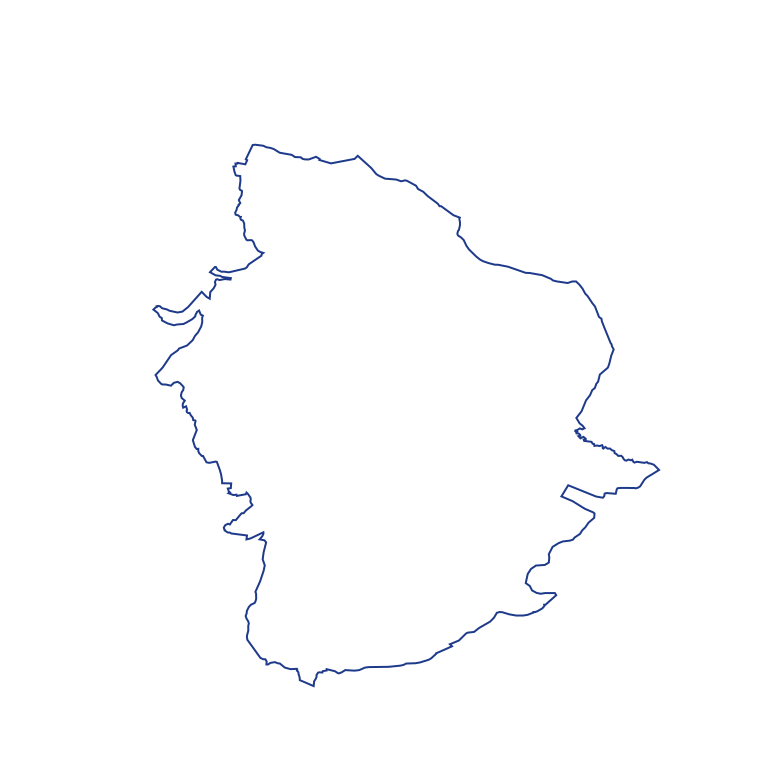 outline of Baciu, Cluj, Romania, rotated 337°
{"feature_id": "2599482B51271683564711", "entity_name": "Baciu", "entity_type": "district", "adm_level": 2, "iso_a3": "ROU", "parent_name": "Romania", "parent_adm1": "Cluj", "projection": "natural_earth1", "projection_center": [23.482, 46.828], "detail": "fine", "context": "isolated", "style": "outline", "palette": "blue", "viewbox_px": 768, "rotation_deg": 337, "n_neighbors": 0, "source": "geoboundaries", "source_scale": "gbopen_adm2", "svg_char_len": 6166}
<svg xmlns="http://www.w3.org/2000/svg" viewBox="0 0 768 768"><g transform="rotate(337 384 384)"><path d="M459.6,643.2L450.6,639.4L446.3,638.3L442.8,635.9L439.6,631.8L439.3,626.9L436.7,622.7L437.0,622.2L442.1,615.0L447.2,611.6L453.0,610.5L461.3,613.4L465.9,612.8L468.4,608.2L469.2,605.1L475.5,599.8L482.5,598.7L487.0,598.8L493.9,600.8L497.1,601.1L499.4,599.8L505.8,598.6L509.2,596.2L513.3,594.6L518.0,591.6L525.2,589.3L527.2,585.4L526.3,583.8L520.1,577.3L511.8,565.5L503.4,556.8L514.0,549.2L535.2,570.4L541.0,574.2L542.8,573.4L544.3,571.1L545.0,571.1L546.6,571.5L554.4,575.6L557.1,571.9L558.2,571.2L560.9,572.0L574.2,577.7L574.9,578.4L577.5,578.7L579.8,578.3L586.2,573.9L589.0,572.8L603.6,570.6L600.9,563.8L598.1,561.2L596.3,560.3L595.6,558.7L592.8,558.3L586.4,554.4L583.9,554.2L583.2,553.3L582.9,550.6L581.5,550.7L579.6,549.1L577.3,549.3L575.9,548.3L575.2,546.4L575.1,544.4L574.2,542.7L571.5,541.7L570.6,539.3L569.3,537.8L569.8,535.7L567.9,534.0L566.8,531.7L564.5,530.8L563.2,528.5L560.6,529.1L560.3,528.4L561.0,526.9L560.9,525.5L558.3,525.4L556.3,524.0L553.5,523.2L553.9,521.3L552.7,520.5L552.4,518.3L546.0,514.6L546.1,513.4L548.0,513.8L548.3,513.1L546.9,510.6L543.6,510.8L542.6,508.0L544.5,508.4L544.7,507.6L543.8,505.5L541.9,504.6L542.0,503.6L543.0,503.2L541.7,502.0L542.1,501.5L543.9,501.9L546.9,501.4L548.8,503.2L551.3,503.1L550.5,500.0L548.7,496.7L547.8,490.4L555.2,486.3L563.6,478.0L569.3,474.8L573.3,471.0L576.5,470.1L579.5,466.8L582.0,465.5L586.4,459.6L596.5,456.4L599.1,453.6L604.5,446.4L608.9,442.0L608.6,438.0L609.0,436.4L608.6,434.9L608.9,416.3L609.1,411.1L609.7,409.0L608.1,406.3L608.5,395.0L607.3,390.8L605.8,382.7L604.5,379.3L604.0,373.8L602.6,368.6L600.8,364.6L597.4,363.2L592.5,362.8L583.0,357.0L579.9,354.6L578.9,352.6L572.1,345.6L561.4,338.7L557.8,337.0L544.0,324.5L535.6,318.8L532.5,317.4L527.3,313.4L522.9,309.4L520.9,306.8L518.7,302.7L514.8,293.3L513.9,289.1L513.6,282.5L512.0,278.8L510.4,276.7L510.1,275.5L510.3,274.2L512.0,272.0L513.2,271.4L515.8,267.8L517.0,265.2L517.9,261.3L518.8,260.5L513.9,255.8L506.1,242.7L504.6,242.0L504.0,239.1L497.7,228.2L495.2,222.3L491.5,217.8L491.0,214.1L484.7,206.1L483.1,204.8L479.0,204.1L475.2,200.6L465.2,195.4L460.5,190.1L458.9,187.7L456.6,180.1L449.0,163.7L444.9,165.3L421.4,160.2L412.0,152.5L412.7,151.7L410.2,148.3L402.4,147.9L398.7,146.2L397.0,144.9L396.0,142.8L390.7,140.3L388.6,137.0L378.4,130.4L374.3,124.6L371.7,122.3L368.1,120.0L366.1,117.6L358.9,113.4L356.5,112.7L344.6,123.2L345.5,124.5L342.2,127.6L335.5,123.2L335.1,123.8L333.4,123.1L332.6,125.7L330.3,125.0L329.3,130.3L329.1,133.8L329.6,134.5L332.9,136.4L331.3,140.8L327.3,147.6L327.4,149.1L328.7,150.7L328.5,151.3L326.7,154.5L322.2,158.0L322.4,161.3L320.0,162.3L320.1,162.8L317.7,164.1L316.3,166.1L313.9,168.2L313.6,170.2L315.7,171.8L316.8,174.1L317.4,174.3L316.6,175.2L316.4,176.7L318.0,178.5L318.0,181.7L316.5,185.5L316.0,188.4L313.9,191.0L313.4,193.0L313.7,197.4L314.4,198.3L318.3,199.8L318.8,200.5L319.3,202.6L319.1,207.0L320.0,211.8L321.2,213.6L324.1,216.2L322.2,216.6L321.3,218.0L306.2,221.0L303.3,223.0L301.1,223.4L284.9,220.6L280.3,217.9L278.3,217.2L275.2,213.6L275.0,210.7L274.2,210.2L267.5,213.1L271.5,218.2L275.5,220.5L276.7,222.1L284.4,226.7L283.5,227.9L278.5,225.2L273.3,224.1L271.3,222.3L270.1,222.3L268.2,224.1L267.8,226.6L266.8,227.6L264.5,229.4L260.0,231.5L256.9,237.4L254.8,234.6L252.2,227.9L233.8,236.6L226.7,238.6L221.9,237.5L215.2,232.8L213.5,230.7L209.4,227.6L208.1,224.9L206.6,223.9L205.1,223.6L205.1,224.3L203.4,224.4L200.8,225.4L203.5,230.3L203.8,234.5L205.2,236.4L204.5,238.8L208.5,243.7L213.5,247.8L216.9,248.4L222.8,250.4L226.2,250.2L232.8,249.4L235.6,248.4L236.7,248.0L237.2,247.0L240.1,244.6L242.5,244.1L242.4,248.5L244.0,250.3L242.5,251.9L240.9,256.0L238.3,259.5L232.9,263.9L228.9,265.8L225.0,268.9L217.8,271.6L209.2,271.3L207.4,272.4L199.3,274.2L186.6,282.4L177.2,286.5L177.5,288.4L177.3,292.4L178.9,296.7L179.8,297.8L183.1,299.3L187.2,302.3L191.1,300.8L194.9,301.4L196.7,303.8L198.3,308.2L198.4,308.7L196.8,311.1L194.5,312.6L192.6,315.2L192.3,317.9L194.1,321.5L191.2,323.4L190.1,325.6L189.9,327.3L193.1,327.2L192.7,330.7L191.7,331.7L191.6,333.0L192.5,334.3L193.8,334.7L193.9,337.1L194.8,340.3L194.3,342.7L196.0,343.8L196.1,344.4L193.9,347.5L193.7,353.2L186.1,361.0L185.4,368.0L186.2,370.7L187.7,371.1L186.8,373.4L186.8,375.4L188.2,379.1L189.3,379.5L190.0,386.7L192.3,388.3L198.9,389.7L199.7,390.4L199.3,398.9L198.7,403.6L197.2,409.7L196.2,412.1L204.5,415.8L202.3,420.0L199.4,419.2L199.1,422.5L199.8,423.5L198.2,423.8L201.9,427.3L205.0,428.3L204.8,429.5L213.8,431.5L215.0,430.2L215.8,432.0L216.7,436.5L216.3,438.1L215.2,439.6L215.0,441.3L215.6,444.0L214.7,444.5L207.4,446.5L204.3,448.1L202.6,447.4L201.6,447.7L194.4,451.4L191.8,450.2L187.2,453.1L185.8,451.7L182.8,451.9L180.5,453.5L180.2,454.7L180.5,456.1L180.1,456.5L182.2,459.7L184.0,460.5L185.0,461.9L198.7,469.9L196.7,473.3L200.7,474.0L215.0,473.4L214.6,474.6L212.6,476.5L208.8,478.4L212.9,481.2L213.6,483.8L207.5,491.8L203.8,498.0L203.4,504.3L200.3,508.8L192.8,517.3L184.4,525.1L184.4,526.8L182.4,531.8L181.0,533.6L179.4,535.0L175.3,535.2L172.5,536.4L169.0,539.4L168.0,541.4L166.0,543.5L165.8,546.2L166.3,549.6L166.0,551.6L164.5,553.7L162.6,558.2L159.6,562.0L158.8,563.7L158.3,566.1L163.2,587.8L165.2,590.1L167.3,591.1L167.5,593.8L166.2,596.2L167.7,596.9L170.4,596.3L174.9,597.4L177.0,599.5L178.9,600.6L181.9,606.3L186.6,610.0L192.5,612.1L192.7,612.6L191.8,613.8L192.4,614.7L192.5,616.3L192.0,617.6L191.7,621.1L190.8,623.7L201.2,634.6L203.5,630.4L206.0,628.7L207.7,626.9L208.2,625.5L210.4,624.0L211.5,624.0L214.6,625.5L215.4,624.4L219.3,625.3L219.8,624.1L226.7,629.3L228.6,632.2L229.3,632.7L232.2,632.9L236.5,632.2L245.0,636.4L249.5,637.7L255.6,637.6L259.0,638.5L277.9,646.2L288.9,649.6L292.1,650.2L295.2,650.0L304.1,653.4L308.5,654.4L317.2,655.3L320.1,655.0L326.6,652.7L326.7,652.3L344.1,652.0L343.0,649.3L352.7,649.4L362.1,645.7L363.9,645.6L370.0,647.4L376.4,645.7L388.8,644.2L393.9,642.1L398.5,638.7L401.4,639.1L403.6,640.2L409.1,644.8L415.2,648.8L421.6,651.5L426.1,652.6L432.3,652.8L432.5,652.3L434.2,653.0L436.5,653.1L442.1,652.4L444.9,651.0L445.2,649.8L446.3,650.3L460.0,645.7L459.6,643.2Z" fill="none" stroke="#1e3a8a" stroke-width="2"/></g></svg>